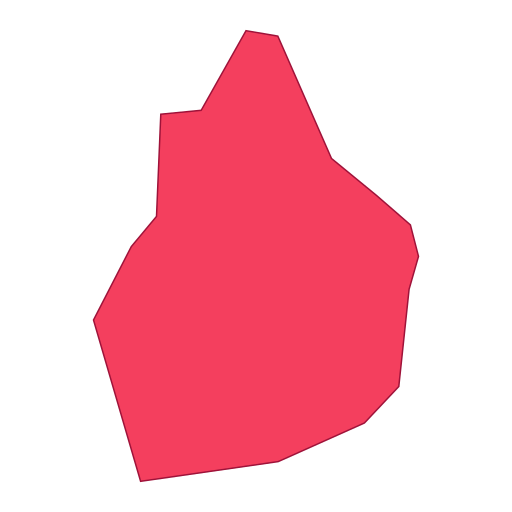 the district of Andijan city, Andijon, Uzbekistan
{"feature_id": "79887680B95216524949975", "entity_name": "Andijan city", "entity_type": "district", "adm_level": 2, "iso_a3": "UZB", "parent_name": "Uzbekistan", "parent_adm1": "Andijon", "projection": "mercator", "projection_center": [72.327, 40.808], "detail": "fine", "context": "isolated", "style": "filled", "palette": "rose", "viewbox_px": 512, "rotation_deg": 0, "n_neighbors": 0, "source": "geoboundaries", "source_scale": "gbopen_adm2", "svg_char_len": 333}
<svg xmlns="http://www.w3.org/2000/svg" viewBox="0 0 512 512"><path d="M160.8,114.2L156.5,216.4L131.3,246.6L93.5,320.0L140.6,481.3L278.2,461.6L364.4,423.0L398.8,386.5L409.1,289.2L418.5,256.4L410.4,224.9L376.8,195.7L331.5,158.5L277.8,36.1L246.0,30.7L201.2,110.3L160.8,114.2Z" fill="#f43f5e" stroke="#9f1239" stroke-width="1.5"/></svg>